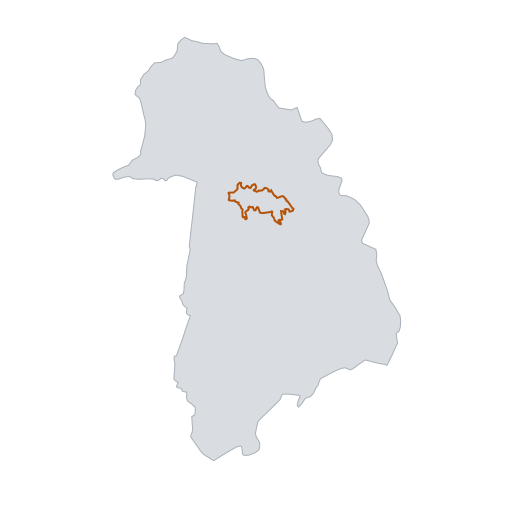 location of Sanguie, Sanguié, Burkina Faso, rotated 97°
{"feature_id": "67063806B51289395143870", "entity_name": "Sanguie", "entity_type": "district", "adm_level": 2, "iso_a3": "BFA", "parent_name": "Burkina Faso", "parent_adm1": "Sanguié", "projection": "albers", "projection_center": [-2.631, 12.224], "detail": "fine", "context": "in_parent", "style": "outline", "palette": "amber", "viewbox_px": 512, "rotation_deg": 97, "n_neighbors": 0, "source": "geoboundaries", "source_scale": "gbopen_adm2", "svg_char_len": 8542}
<svg xmlns="http://www.w3.org/2000/svg" viewBox="0 0 512 512"><g transform="rotate(97 256 256)"><path d="M386.7,322.6L373.2,323.3L368.2,324.8L365.3,324.9L365.1,323.6L364.8,322.9L347.6,318.9L335.6,316.6L323.4,313.9L322.7,316.5L321.0,318.2L318.4,318.3L316.5,317.9L315.3,319.9L313.3,322.5L310.5,323.9L307.8,325.5L306.2,326.9L305.1,327.0L302.3,323.6L298.6,323.3L291.6,323.9L288.5,323.0L284.3,322.6L274.3,323.4L258.2,322.1L255.6,322.8L254.9,323.4L239.0,323.6L221.6,323.8L206.9,324.0L194.2,324.1L194.1,323.6L190.0,323.5L189.6,324.6L185.9,338.0L185.5,345.3L187.5,349.8L189.6,352.7L192.1,353.9L192.3,355.5L190.4,357.6L190.5,359.8L192.8,362.0L193.4,364.3L192.2,366.7L192.5,372.6L194.2,381.9L194.2,388.0L192.6,390.7L193.4,395.4L196.5,402.1L197.1,404.9L196.0,406.2L193.3,407.9L190.7,407.9L187.6,403.9L186.2,402.0L183.7,398.0L181.6,393.8L178.7,392.0L175.9,390.4L172.5,385.2L169.2,382.7L165.6,383.4L160.5,382.4L150.2,381.1L139.1,381.4L134.5,382.6L130.0,384.4L118.4,388.6L113.8,390.6L110.4,395.8L106.4,395.7L102.5,394.0L100.1,391.6L94.8,392.1L89.8,389.7L84.9,385.1L81.3,383.6L76.7,380.3L75.5,374.0L72.6,369.6L70.0,363.5L66.0,360.7L61.4,359.3L55.1,359.5L50.9,357.0L47.7,353.4L48.6,350.3L50.1,346.0L50.3,341.7L51.4,334.9L50.9,326.3L49.8,320.3L53.3,317.9L57.4,315.7L59.9,311.7L62.6,302.6L63.8,294.7L63.0,291.8L61.7,289.4L60.7,286.0L60.1,281.9L60.9,278.3L63.9,274.9L67.8,272.2L70.5,270.9L77.7,269.5L86.7,267.5L91.9,265.2L95.7,262.9L97.8,261.0L100.0,257.2L103.5,254.2L106.2,251.3L106.6,242.9L106.7,238.2L104.7,235.5L103.6,233.3L116.9,226.8L117.1,222.2L115.2,217.1L112.7,212.9L111.7,209.3L115.4,205.2L118.7,202.0L121.1,199.3L126.3,195.3L131.7,194.2L136.6,195.8L151.1,205.5L153.6,206.1L156.7,205.4L160.5,202.9L165.5,200.9L167.3,194.4L167.2,185.0L168.3,180.6L170.9,179.8L179.2,181.7L181.4,181.8L183.8,181.2L185.6,179.5L185.5,176.5L185.1,173.7L187.9,165.0L192.8,158.4L202.8,150.1L205.9,148.4L209.6,147.6L227.5,153.2L230.4,151.8L234.8,137.8L239.6,136.4L245.4,136.2L249.2,134.9L251.2,133.9L259.7,128.6L274.7,121.2L282.7,118.1L284.3,116.9L290.0,111.7L297.7,105.8L302.5,104.5L309.3,104.1L313.5,105.0L314.7,106.7L316.1,107.5L324.9,104.9L337.5,108.8L348.5,112.6L347.8,115.1L347.8,119.5L347.0,126.5L345.9,134.9L350.5,140.2L356.0,146.0L357.5,148.2L356.1,154.0L357.1,157.3L360.1,162.9L365.0,170.0L370.1,177.2L373.6,178.1L376.9,178.7L378.9,180.0L381.8,181.2L384.8,182.0L387.3,183.6L389.0,185.1L391.1,189.6L396.8,192.5L400.8,195.4L399.2,196.9L394.3,196.4L389.7,195.1L389.1,197.3L389.0,205.6L389.8,212.5L390.9,213.4L395.6,214.6L406.8,223.4L417.0,231.7L420.4,233.9L426.0,234.6L432.2,234.9L434.9,234.0L440.8,229.7L444.0,229.1L447.0,229.2L448.6,229.9L451.6,233.3L454.4,238.5L455.2,242.4L455.0,244.5L454.1,245.3L449.1,246.4L447.0,247.2L446.5,248.3L447.3,250.9L448.3,252.6L453.9,260.1L461.9,270.2L464.3,272.8L463.0,275.9L459.2,283.9L456.3,287.3L443.3,298.9L436.8,297.6L423.3,300.2L421.2,297.6L418.0,297.3L414.1,297.8L412.7,298.8L412.3,299.9L410.9,301.5L408.5,306.0L406.5,307.2L404.1,307.9L401.2,307.9L399.5,308.5L399.5,310.7L399.0,312.7L397.0,313.7L396.2,315.8L396.4,318.0L395.2,319.0L392.7,318.5L391.1,317.9L389.7,320.7L388.0,322.6L386.7,322.6Z" fill="#d9dde1" stroke="#a8b0b8" stroke-width="1"/><path d="M196.7,290.9L197.4,290.7L198.2,290.2L199.7,289.6L200.0,289.5L201.5,289.7L201.9,289.7L203.5,289.9L203.8,289.8L203.9,289.6L204.0,288.8L204.0,287.9L204.0,287.4L204.1,286.7L204.0,286.2L203.8,285.7L203.9,285.1L203.8,284.9L203.4,284.1L203.3,283.8L203.4,283.7L203.7,283.5L204.4,283.2L204.6,283.1L204.8,282.6L204.8,282.2L204.9,281.0L205.1,280.0L205.3,279.7L205.5,279.8L205.9,279.9L206.1,280.0L206.4,279.9L206.7,279.6L207.0,279.3L207.2,279.0L207.5,278.5L208.2,277.6L208.5,277.3L209.7,276.9L210.3,276.5L210.7,276.2L210.8,276.0L211.0,275.5L211.4,275.1L211.6,275.0L212.2,274.9L213.7,275.0L214.0,275.0L214.3,274.9L216.7,274.3L217.3,274.4L217.5,274.3L217.9,274.3L218.2,274.0L218.9,273.9L219.1,273.8L219.0,273.4L219.0,273.2L218.9,272.9L218.7,272.3L218.7,272.1L218.8,272.0L219.0,271.8L219.9,271.4L220.4,271.3L220.5,271.2L220.8,271.0L220.8,270.9L220.8,270.7L220.2,269.9L219.9,269.7L219.2,269.9L218.1,270.2L216.6,270.8L214.2,271.9L213.9,271.9L213.7,271.9L213.3,271.7L212.5,270.9L211.7,269.9L211.6,269.7L211.4,269.4L211.2,269.4L210.9,269.6L210.7,269.5L210.5,269.3L210.0,268.9L209.9,268.9L209.7,269.0L209.0,269.3L208.8,269.5L208.5,269.4L208.4,269.2L208.1,268.8L207.7,268.5L207.8,268.1L208.0,267.7L208.3,266.9L208.3,266.5L208.2,266.3L208.1,266.0L207.8,265.5L207.7,265.2L207.8,265.1L208.6,264.7L209.1,264.4L210.6,263.6L210.8,263.4L210.9,263.1L210.8,262.4L210.8,262.2L210.7,262.1L208.1,261.3L207.5,261.0L207.4,260.9L207.4,260.1L207.5,259.9L208.0,259.6L210.5,258.4L210.9,258.1L212.4,257.4L212.5,257.1L212.5,256.3L212.7,255.4L212.6,254.6L212.0,252.2L211.6,250.9L211.3,249.6L210.9,248.0L210.7,247.4L210.6,247.1L210.5,246.7L210.3,246.6L209.9,246.2L210.0,245.3L211.9,245.3L212.3,245.3L212.5,245.3L213.0,245.3L213.4,245.3L213.6,245.3L213.9,245.1L214.6,244.2L215.9,243.0L216.5,242.6L217.1,242.3L218.1,242.0L218.5,241.8L218.6,241.6L220.1,239.1L220.7,237.8L220.8,237.4L220.9,237.2L221.1,237.1L221.2,236.9L221.1,236.7L221.1,236.4L221.4,236.0L221.4,235.8L221.5,235.4L221.4,235.2L221.2,235.2L220.4,235.4L219.4,235.9L219.3,236.0L219.3,236.3L219.4,236.8L219.5,237.3L219.3,237.6L218.8,237.7L218.0,238.0L217.8,238.0L217.6,237.7L217.4,237.3L217.3,237.2L217.2,236.6L217.2,236.3L217.3,236.1L217.1,235.8L217.0,235.5L216.8,234.8L216.5,234.4L212.2,235.6L208.4,236.6L208.4,236.4L208.4,235.7L208.3,235.0L208.4,233.7L208.7,233.7L209.0,233.7L210.0,233.6L210.3,233.4L210.7,233.1L210.8,232.8L210.9,232.2L209.5,232.0L208.9,232.1L207.9,232.2L207.4,232.2L207.1,232.2L206.9,232.3L206.6,232.3L206.4,232.4L206.2,232.4L206.1,232.6L205.6,231.7L205.6,231.1L205.7,230.1L205.8,229.3L205.8,229.2L206.0,229.0L207.5,228.3L207.9,228.1L207.3,226.5L207.0,226.1L206.9,225.5L206.4,225.0L206.0,224.8L205.5,224.8L205.2,224.6L204.9,224.5L204.7,224.5L204.5,224.9L204.1,225.2L204.0,225.5L203.9,225.9L203.7,226.1L200.0,229.3L199.8,229.6L199.6,229.7L199.2,230.1L199.0,230.4L198.6,230.7L198.1,231.0L197.9,231.3L197.8,231.5L197.7,231.9L197.7,232.3L197.6,232.5L197.4,232.5L197.1,232.5L196.7,232.7L196.7,232.8L196.1,232.9L196.1,233.0L195.8,233.3L195.8,233.6L195.6,233.9L195.3,234.2L195.1,234.4L194.9,234.5L194.5,234.9L194.2,235.2L194.0,235.4L193.7,235.9L193.3,236.7L193.3,236.8L193.6,237.6L194.2,238.9L194.7,239.9L195.4,241.2L195.7,242.0L195.8,242.3L195.0,242.9L194.4,243.4L194.2,243.7L194.1,243.9L194.1,244.1L194.2,244.5L194.1,244.8L193.5,245.2L193.2,245.7L192.9,246.0L192.8,245.9L192.5,246.2L190.7,247.7L189.1,248.9L189.4,249.0L189.7,249.0L190.0,249.2L190.1,249.3L190.4,250.1L190.4,250.4L190.5,250.6L190.4,250.9L190.4,251.0L190.3,251.4L190.2,251.5L189.9,251.6L189.5,251.4L189.4,251.3L189.0,251.4L188.9,251.7L188.3,252.2L188.0,252.5L187.9,252.6L187.8,252.9L187.5,253.5L187.5,253.9L187.2,255.0L187.3,255.4L187.5,255.7L187.7,256.0L188.0,256.2L188.3,256.2L188.5,256.5L188.8,256.6L189.1,256.8L189.5,257.2L189.6,257.3L190.0,257.7L190.1,258.1L190.3,258.4L190.3,258.7L190.4,258.8L190.4,259.0L190.4,259.3L190.5,259.5L190.7,260.1L190.8,260.2L190.8,260.3L190.7,261.0L190.8,261.4L190.8,261.5L191.2,261.6L191.6,261.9L192.1,262.8L192.1,263.2L192.0,263.6L191.8,264.1L191.7,264.3L191.5,264.7L191.4,265.9L191.2,266.2L190.8,266.3L190.3,265.8L190.3,265.7L190.2,265.6L190.0,265.4L189.9,265.2L189.4,264.7L189.1,264.5L188.3,264.3L188.0,264.2L187.9,264.2L187.6,264.3L187.3,264.5L186.5,264.7L186.3,264.8L185.8,265.2L185.6,265.4L185.1,265.7L185.0,265.8L184.9,266.3L184.9,266.5L185.0,266.7L185.3,266.9L185.4,267.1L185.7,267.3L185.9,267.8L186.0,268.2L186.2,268.4L186.5,268.5L186.8,268.8L187.0,268.9L187.3,269.0L187.6,269.0L187.8,269.2L188.3,269.3L188.8,269.6L188.7,269.7L188.8,269.8L189.0,270.0L189.1,270.3L189.2,270.5L189.1,271.1L188.9,271.3L188.3,271.9L187.6,272.7L187.5,273.0L187.5,273.3L187.6,273.7L188.0,274.0L188.6,274.1L189.0,274.5L189.3,274.7L189.6,274.8L190.1,275.3L190.4,275.8L190.4,276.0L190.5,276.4L190.4,276.6L189.8,277.4L189.7,277.6L189.6,278.3L189.3,278.7L189.1,278.9L188.6,279.1L188.3,279.2L187.8,279.5L187.3,279.7L186.9,279.8L186.2,279.6L185.5,279.6L185.4,279.7L185.2,279.8L185.2,280.4L185.3,281.2L185.4,281.4L185.7,281.6L186.2,281.9L187.0,282.6L187.7,283.0L187.9,283.0L188.1,283.0L188.4,282.9L188.7,283.0L189.5,282.8L189.7,282.7L189.9,282.7L190.2,282.7L190.8,282.7L191.2,282.5L191.5,282.5L191.8,282.6L192.2,282.8L192.7,283.2L192.9,283.5L193.3,283.7L193.7,284.1L193.9,284.2L194.8,285.1L195.4,285.6L195.8,286.2L195.9,286.9L195.9,287.1L196.2,289.0L196.3,289.5L196.4,290.3L196.4,290.6L196.5,290.8L196.7,290.9Z" fill="none" stroke="#b45309" stroke-width="2"/></g></svg>